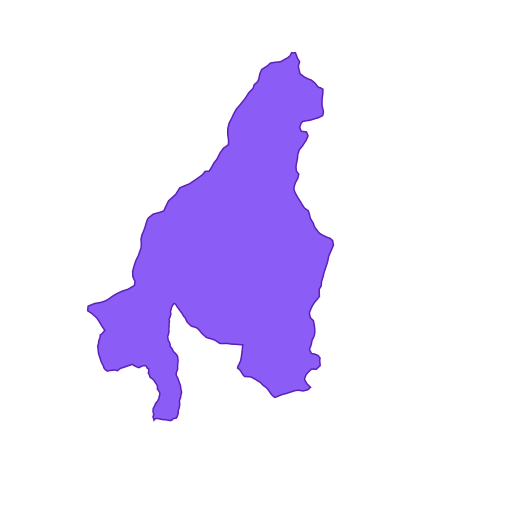 Ugunja, Nyanza, Kenya (Mercator projection), rotated 122°
{"feature_id": "3690345B50219798141587", "entity_name": "Ugunja", "entity_type": "district", "adm_level": 2, "iso_a3": "KEN", "parent_name": "Kenya", "parent_adm1": "Nyanza", "projection": "mercator", "projection_center": [34.363, 0.207], "detail": "fine", "context": "isolated", "style": "filled", "palette": "violet", "viewbox_px": 512, "rotation_deg": 122, "n_neighbors": 0, "source": "geoboundaries", "source_scale": "gbopen_adm2", "svg_char_len": 5869}
<svg xmlns="http://www.w3.org/2000/svg" viewBox="0 0 512 512"><g transform="rotate(122 256 256)"><path d="M280.5,367.4L283.4,367.3L286.9,366.4L290.7,365.3L294.5,364.5L298.5,363.9L302.6,362.5L306.3,359.8L310.0,357.8L313.6,357.0L317.8,356.0L323.3,355.5L328.7,354.2L334.6,352.4L338.9,349.4L341.7,345.1L345.4,343.5L352.0,346.9L356.9,351.0L361.2,353.8L365.3,356.0L371.1,358.4L374.5,360.4L377.6,363.0L381.9,367.8L387.5,371.8L391.6,369.8L391.8,364.5L392.8,358.4L395.1,353.3L397.0,349.9L399.2,344.8L403.9,345.5L405.5,346.3L407.0,345.4L408.9,344.8L410.6,344.6L412.8,343.7L414.4,342.8L416.0,342.7L417.1,341.8L418.5,340.7L419.9,339.6L420.9,338.8L422.1,337.9L423.3,336.5L424.8,334.7L425.9,333.4L426.8,332.3L427.7,331.2L428.7,329.7L429.4,328.3L430.3,327.0L431.4,325.8L432.0,324.4L432.4,322.8L432.3,320.9L430.6,319.4L429.3,317.5L427.9,316.0L427.3,314.7L426.7,312.7L425.2,312.2L423.8,311.8L422.5,310.9L421.4,309.9L413.3,303.3L413.6,301.5L413.4,300.0L413.1,297.7L412.6,295.9L411.5,295.3L410.2,294.7L409.2,293.8L408.1,292.7L407.5,290.8L408.8,288.8L408.7,287.1L410.4,285.9L412.5,285.2L413.0,283.9L413.9,282.9L414.9,281.7L415.1,278.9L415.5,276.7L416.4,274.9L417.0,273.5L418.0,271.4L419.3,270.0L421.1,269.2L421.8,267.4L422.4,266.2L423.0,265.1L424.2,264.3L426.1,263.8L427.7,263.1L429.6,262.7L431.2,262.6L432.7,262.8L434.1,263.1L435.5,262.7L437.5,262.5L439.7,262.4L441.3,261.6L442.8,260.7L443.8,259.4L445.1,258.6L447.1,258.1L448.0,256.8L449.3,255.5L447.6,255.3L446.6,254.4L445.7,252.7L444.6,249.6L444.0,248.1L442.7,245.8L442.3,244.6L441.5,242.7L440.9,241.3L439.7,240.3L438.0,240.2L436.9,239.0L435.8,237.7L434.2,237.7L432.6,238.1L431.2,238.4L429.8,239.0L428.7,239.8L427.2,240.3L425.6,240.6L423.7,241.4L421.7,242.4L420.1,243.8L418.4,244.5L416.5,244.8L414.9,245.5L413.4,246.1L411.1,246.8L409.6,248.2L408.3,249.5L407.0,250.5L405.9,251.4L404.8,252.8L403.8,254.1L402.7,255.5L401.3,257.2L400.6,258.3L400.1,259.4L399.2,260.6L397.5,261.6L395.3,262.2L393.6,262.4L392.3,263.3L390.1,264.6L388.8,265.4L387.5,265.8L386.0,266.7L384.3,268.0L382.8,269.3L381.8,270.9L381.5,272.3L381.1,273.5L380.8,275.3L379.6,277.2L379.0,278.3L378.5,279.7L377.9,281.1L376.6,281.8L374.9,284.0L374.0,285.7L372.7,286.9L371.0,288.3L369.7,288.5L365.7,289.9L364.8,290.9L361.6,292.5L359.1,294.1L357.4,294.6L355.5,296.4L353.4,296.5L351.8,297.0L350.2,297.5L349.3,298.4L348.2,299.2L346.2,299.7L344.2,300.5L342.4,300.5L339.9,300.6L339.4,298.7L340.2,297.2L340.9,295.8L341.7,293.8L342.5,291.8L343.1,290.3L343.7,288.6L344.4,287.3L345.3,285.7L345.8,283.9L346.4,282.5L347.4,281.2L348.4,279.6L349.0,277.4L349.4,275.4L349.7,274.0L349.4,272.3L348.8,270.3L348.3,267.7L348.7,266.1L349.0,264.9L349.4,263.5L349.8,262.3L350.3,261.0L350.6,259.5L350.9,257.6L351.4,255.1L350.8,252.7L350.2,250.9L349.7,249.0L349.3,247.2L349.1,245.6L349.2,243.6L349.3,241.8L349.3,240.3L348.6,239.0L347.3,237.0L345.6,234.4L344.9,232.8L344.2,231.4L343.7,230.0L342.9,228.7L342.2,227.4L341.3,225.9L340.5,224.2L339.7,222.8L339.2,221.6L338.3,220.1L340.0,219.4L341.7,218.5L343.3,217.7L344.7,217.1L346.1,216.4L347.3,215.9L348.8,215.2L350.2,214.6L351.8,214.0L353.2,213.5L355.1,213.3L357.0,213.0L358.9,212.9L360.8,212.3L361.0,210.2L361.5,208.3L362.3,206.8L363.2,204.9L363.9,203.3L364.2,201.7L363.0,199.5L361.8,197.5L361.2,195.8L361.1,194.3L361.0,192.4L360.9,190.1L361.0,188.7L360.9,186.4L361.0,184.7L361.5,183.1L361.9,181.3L362.0,180.0L362.1,178.5L362.6,175.7L363.5,173.6L364.2,171.9L364.9,170.5L365.4,169.0L365.7,167.3L366.0,165.2L364.9,164.2L363.1,162.9L360.0,160.7L358.8,159.6L356.6,157.5L355.4,156.5L354.3,155.6L351.9,153.6L349.5,151.5L348.1,150.0L347.4,148.8L346.8,147.6L345.4,144.4L342.0,141.2L338.4,140.2L337.4,145.0L335.0,149.4L332.8,150.2L329.6,150.6L327.4,150.2L322.6,149.1L320.0,144.8L314.9,143.5L311.4,146.2L310.1,147.0L308.6,147.6L307.5,150.6L307.7,152.2L308.0,154.0L309.3,157.3L306.8,161.3L304.4,161.6L301.1,162.5L299.6,163.1L297.6,163.8L293.6,164.2L291.6,164.8L289.5,165.7L286.5,167.7L283.3,170.3L280.4,173.1L280.1,174.6L279.7,176.7L277.0,179.9L274.9,180.9L270.5,181.6L267.9,181.8L264.3,181.8L262.5,181.5L260.7,181.2L256.7,180.8L250.8,184.8L247.0,184.8L242.9,186.9L238.2,188.1L234.2,189.5L229.4,190.6L227.0,191.2L223.7,192.0L220.3,193.2L218.3,194.0L216.1,194.5L210.6,195.3L205.6,196.1L204.0,197.7L202.3,199.2L201.7,202.8L202.2,204.3L202.5,206.0L203.0,210.7L203.1,213.0L202.8,215.3L201.3,219.3L200.8,220.6L199.9,222.3L197.7,225.0L196.0,228.5L194.7,230.5L192.2,232.9L190.8,234.5L189.9,235.7L189.7,240.3L187.9,244.2L187.0,245.9L186.1,247.7L183.9,252.3L181.6,256.4L179.2,259.4L175.5,260.8L173.2,261.4L168.0,261.7L163.9,263.1L162.7,266.6L160.2,268.6L159.0,269.4L157.6,270.1L154.5,271.3L152.9,271.9L151.1,272.6L148.0,274.3L143.4,275.5L141.2,275.4L138.1,274.9L136.5,274.9L134.8,274.9L130.9,274.8L126.6,275.5L124.0,278.9L126.3,283.8L123.6,287.1L120.3,288.0L118.7,288.0L117.1,287.6L114.6,285.0L112.3,282.2L111.2,281.2L110.1,280.3L107.7,278.2L105.6,276.3L101.7,273.9L99.2,274.6L97.8,275.4L96.7,276.4L93.6,279.6L90.1,281.8L88.6,282.7L87.1,283.5L83.1,285.3L79.1,287.6L79.2,290.7L79.9,292.6L78.3,297.0L77.8,299.5L77.5,302.6L78.3,306.0L78.6,310.1L78.0,315.4L74.8,318.6L73.2,320.2L71.9,320.9L68.1,322.0L66.5,325.4L62.7,330.3L64.1,332.2L64.7,333.5L68.1,333.2L71.2,334.2L72.3,334.9L76.6,337.2L78.1,338.1L80.4,340.8L81.3,342.1L84.7,346.0L89.1,347.2L90.5,347.9L92.0,348.7L95.1,350.0L99.4,349.3L104.0,347.6L106.3,347.1L108.0,347.2L111.8,348.3L115.4,347.3L121.0,348.6L128.5,348.7L134.2,349.4L138.4,349.9L140.4,350.3L142.4,350.5L147.6,350.2L152.2,349.6L157.6,349.2L163.2,347.3L167.7,344.5L172.4,340.6L176.1,338.4L179.8,339.8L181.5,340.7L187.3,341.1L191.6,340.7L194.0,340.5L195.3,340.5L198.9,341.0L204.2,340.7L208.9,340.7L211.2,344.0L214.3,344.3L215.8,344.6L220.3,346.4L225.6,348.7L230.1,350.7L233.2,353.0L238.6,356.8L245.9,356.7L247.4,357.0L255.5,359.4L262.1,358.7L264.4,358.4L266.6,358.1L270.3,361.0L274.8,365.3L280.5,367.4Z" fill="#8b5cf6" stroke="#5b21b6" stroke-width="1.5"/></g></svg>